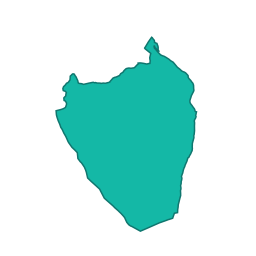 Al-Balyana, Suhaj, Egypt, rotated 19°
{"feature_id": "37247803B40738105773266", "entity_name": "Al-Balyana", "entity_type": "district", "adm_level": 2, "iso_a3": "EGY", "parent_name": "Egypt", "parent_adm1": "Suhaj", "projection": "mercator", "projection_center": [31.948, 26.241], "detail": "fine", "context": "isolated", "style": "filled", "palette": "teal", "viewbox_px": 256, "rotation_deg": 19, "n_neighbors": 0, "source": "geoboundaries", "source_scale": "gbopen_adm2", "svg_char_len": 3450}
<svg xmlns="http://www.w3.org/2000/svg" viewBox="0 0 256 256"><g transform="rotate(19 128 128)"><path d="M202.4,191.9L202.1,190.8L201.6,189.2L201.1,186.4L200.5,184.2L200.3,181.6L199.9,177.1L199.8,174.8L199.1,172.8L198.0,170.1L197.9,168.4L197.4,167.1L196.5,165.4L196.4,164.1L196.3,163.1L195.7,161.2L195.7,159.9L195.5,158.7L195.3,157.9L194.3,156.4L194.3,155.0L194.3,153.6L194.4,152.9L194.0,149.7L194.0,147.7L194.2,146.3L194.2,145.8L194.2,145.7L194.1,144.8L194.3,142.4L194.5,140.5L194.4,138.2L194.3,137.0L195.1,135.8L195.2,134.3L195.7,131.9L195.8,130.1L196.0,128.6L195.5,126.3L194.9,125.0L194.6,123.9L193.9,121.8L193.7,119.2L193.6,117.8L193.5,115.8L192.7,113.8L192.6,112.3L191.8,108.9L191.1,107.0L190.1,104.2L189.5,102.1L189.0,100.8L188.4,99.9L188.3,98.5L188.7,96.5L188.6,95.0L187.9,94.1L187.8,92.7L187.7,92.3L187.6,91.3L187.5,90.4L186.6,90.5L185.8,90.1L185.4,89.3L184.7,88.4L183.7,87.7L182.5,86.9L180.9,85.7L179.6,84.9L178.6,84.0L178.1,83.3L177.6,82.0L177.5,80.7L177.5,78.6L177.4,76.9L177.9,73.3L178.1,71.6L178.0,70.8L177.2,69.2L176.6,67.6L176.0,66.1L175.9,66.0L174.8,64.6L173.3,63.7L171.8,62.6L169.5,61.4L168.4,60.5L167.9,59.1L167.3,58.6L164.7,57.2L163.2,56.8L161.8,56.8L159.9,56.5L159.9,56.4L157.6,55.4L154.9,54.5L151.0,52.1L149.1,51.0L148.9,51.0L147.5,50.7L146.5,50.5L145.4,50.1L144.5,49.7L142.5,49.2L140.8,48.8L138.5,48.4L137.2,48.5L134.9,48.2L131.0,46.2L129.4,45.2L128.3,44.4L127.8,44.3L127.0,43.9L126.3,42.8L126.0,42.2L126.0,41.7L125.9,41.4L126.5,42.1L127.2,43.0L128.5,43.7L130.3,44.7L131.5,45.5L132.1,45.2L131.1,44.3L130.7,43.5L130.5,42.5L129.7,40.9L128.6,39.6L127.8,38.6L126.7,38.6L125.2,38.4L125.0,37.8L125.0,37.7L124.3,36.5L123.0,35.8L121.5,34.7L120.8,34.5L119.3,39.7L118.4,44.0L118.0,45.8L117.7,47.0L118.3,47.5L125.2,50.0L125.5,52.8L125.7,54.5L126.7,56.6L127.2,57.2L127.2,57.7L127.7,59.8L126.6,60.3L125.0,61.4L121.8,61.8L119.1,62.3L117.5,62.8L116.5,63.3L117.0,63.9L116.5,64.4L115.2,67.2L114.8,68.1L114.2,69.1L113.0,69.7L112.1,70.2L111.0,70.7L110.5,70.7L108.9,71.2L107.3,72.2L106.8,72.7L105.7,74.8L105.5,75.3L105.1,76.9L103.4,79.0L102.9,81.1L100.2,83.7L99.1,84.3L97.5,85.8L96.9,87.4L95.8,90.0L95.8,90.6L92.0,93.1L89.9,93.6L89.4,93.9L87.8,94.7L87.2,94.6L84.0,95.6L82.5,95.6L81.9,96.1L80.3,96.1L79.3,96.6L77.7,97.6L76.6,98.2L73.4,100.2L71.8,101.2L69.7,101.2L69.3,101.3L67.5,101.7L67.0,101.7L66.5,101.7L66.0,101.1L65.0,99.5L63.9,98.4L62.9,97.3L61.9,96.3L60.8,95.7L59.8,94.6L58.7,94.6L57.9,95.0L57.1,96.7L56.5,97.8L57.0,99.4L57.5,101.5L57.0,103.1L56.9,103.6L56.4,104.7L55.3,105.7L54.7,107.8L53.6,109.9L53.6,111.0L53.6,112.0L54.6,113.7L55.7,113.7L56.7,113.7L57.8,114.3L58.3,114.8L58.2,115.9L58.7,118.0L57.6,120.1L57.6,120.6L58.6,122.8L59.7,122.8L61.2,123.9L61.7,124.4L62.1,125.6L62.2,126.0L62.2,128.7L61.6,129.7L60.0,131.3L57.8,132.9L56.2,133.9L54.4,135.1L56.1,139.0L57.6,141.2L59.7,143.9L62.2,146.6L64.3,149.3L66.4,150.9L67.2,151.8L67.9,152.5L68.9,153.6L72.0,156.3L73.6,158.0L75.7,160.3L76.7,161.2L81.3,164.5L85.0,166.2L88.1,167.8L90.6,173.2L93.8,175.4L95.4,176.1L97.4,177.6L99.5,179.2L101.5,181.4L103.1,183.5L106.1,188.4L110.8,190.6L116.0,192.8L120.4,194.7L121.2,195.1L122.8,196.7L128.5,202.1L132.6,203.8L139.4,206.6L141.5,207.7L145.7,209.4L146.7,209.9L149.3,211.1L151.5,212.3L154.0,213.8L155.0,214.9L157.6,217.6L160.2,219.2L162.3,219.8L163.4,219.8L173.3,221.5L177.8,217.4L188.5,207.5L194.9,202.4L195.4,201.9L196.7,201.0L198.7,199.5L199.6,198.8L199.6,196.1L199.6,193.5L202.4,191.9Z" fill="#14b8a6" stroke="#0f766e" stroke-width="1.5"/></g></svg>